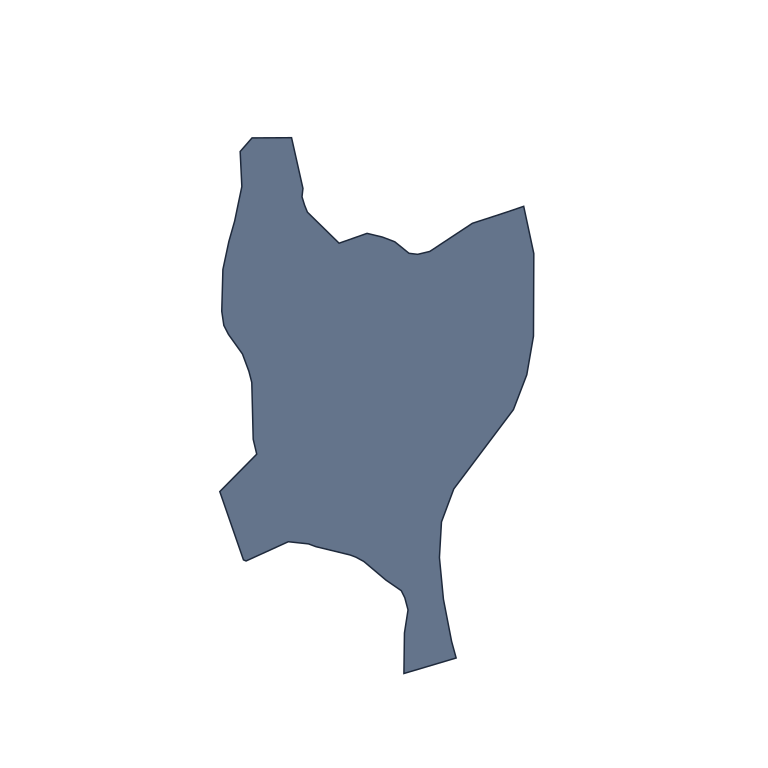 the District of Pemagatsel, rotated 155°
{"feature_id": "BTN-2491", "entity_name": "Pemagatsel", "entity_type": "District", "adm_level": 1, "iso_a3": "BTN", "parent_name": "Bhutan", "parent_adm1": "", "projection": "equal_earth", "projection_center": [91.365, 27.001], "detail": "fine", "context": "isolated", "style": "filled", "palette": "slate", "viewbox_px": 768, "rotation_deg": 155, "n_neighbors": 0, "source": "natural_earth", "source_scale": "10m", "svg_char_len": 843}
<svg xmlns="http://www.w3.org/2000/svg" viewBox="0 0 768 768"><g transform="rotate(155 384 384)"><path d="M434.4,105.2L488.3,113.2L470.7,149.7L457.7,169.1L455.5,181.4L455.7,189.4L465.1,205.4L477.3,231.7L482.7,239.0L486.9,243.3L514.4,265.3L520.0,271.0L537.4,281.5L583.8,281.9L585.7,284.0L578.3,355.9L529.0,374.2L525.9,389.2L503.2,441.2L501.1,452.5L499.6,471.0L504.0,494.6L504.4,504.8L500.3,518.5L481.6,555.9L464.4,578.7L450.4,594.9L440.5,608.2L429.4,623.0L416.1,655.5L399.6,662.8L363.7,646.3L374.8,595.5L379.2,588.3L380.4,579.7L380.8,572.1L365.2,530.6L335.7,527.7L323.3,517.8L314.1,508.3L306.1,491.9L298.7,487.3L286.5,484.8L236.0,492.3L199.9,487.9L182.3,486.0L193.1,438.9L228.3,364.2L250.7,332.0L277.5,306.1L365.1,259.4L390.2,234.7L407.1,203.3L421.1,163.8L431.5,122.2L434.4,105.2Z" fill="#64748b" stroke="#1e293b" stroke-width="1.5"/></g></svg>